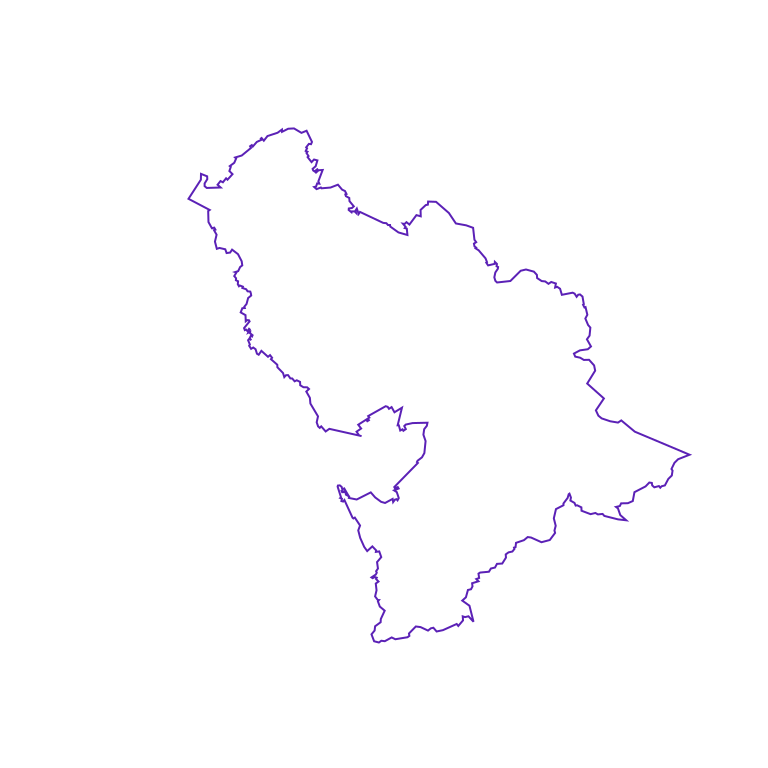 Cocula, Jalisco, Mexico, rotated 312°
{"feature_id": "50627088B61483456633974", "entity_name": "Cocula", "entity_type": "district", "adm_level": 2, "iso_a3": "MEX", "parent_name": "Mexico", "parent_adm1": "Jalisco", "projection": "albers", "projection_center": [-103.833, 20.404], "detail": "fine", "context": "isolated", "style": "outline", "palette": "violet", "viewbox_px": 768, "rotation_deg": 312, "n_neighbors": 0, "source": "geoboundaries", "source_scale": "gbopen_adm2", "svg_char_len": 6166}
<svg xmlns="http://www.w3.org/2000/svg" viewBox="0 0 768 768"><g transform="rotate(312 384 384)"><path d="M535.9,658.4L516.4,602.3L515.7,584.7L511.9,583.7L507.7,577.1L504.1,568.8L503.9,564.5L506.2,559.1L520.4,557.1L520.3,534.7L535.2,532.0L538.4,527.7L539.2,520.2L535.6,516.4L534.8,512.2L532.3,507.8L533.7,504.8L540.1,507.1L546.2,512.2L550.4,512.7L553.0,504.9L557.5,504.4L564.0,499.6L564.4,496.2L567.4,489.8L571.5,488.8L576.0,482.3L575.0,481.8L576.1,478.9L577.0,479.1L581.8,473.0L581.7,469.7L580.3,468.6L577.7,468.8L578.7,465.2L578.1,463.1L569.3,456.5L572.6,451.1L572.1,447.7L570.2,446.6L573.7,444.5L571.7,440.0L568.5,439.2L568.1,435.2L566.0,432.3L565.2,426.9L567.4,424.6L567.8,420.2L564.1,412.9L559.6,409.8L545.1,409.0L535.1,400.1L535.2,397.7L537.1,394.6L541.4,392.1L545.8,391.5L547.3,390.5L546.8,388.9L548.8,387.6L548.9,384.7L547.4,385.9L541.8,382.0L542.6,378.8L543.5,379.0L545.3,375.4L546.7,364.9L546.1,361.2L547.0,361.2L546.8,359.2L548.5,356.9L551.1,357.6L551.7,354.7L559.7,345.7L556.9,338.9L551.4,330.0L554.5,317.8L554.2,300.8L549.1,294.7L546.6,296.6L544.9,295.3L537.8,294.7L533.2,299.1L531.2,295.1L519.5,296.2L519.3,292.4L516.7,292.2L515.8,290.8L515.2,295.0L513.8,295.1L514.7,297.0L510.4,301.7L506.3,293.3L505.2,283.3L506.2,282.1L504.8,280.6L505.1,278.2L503.2,275.6L495.8,251.0L493.4,251.4L496.2,246.4L493.7,246.8L492.5,248.6L492.6,246.7L490.7,244.6L489.9,245.0L489.7,241.3L490.9,240.4L493.3,242.4L495.8,242.7L496.8,236.0L499.0,233.7L498.1,230.0L499.0,228.4L500.1,229.0L501.3,225.9L500.4,222.8L501.3,216.4L494.2,212.8L487.6,206.6L487.8,205.6L483.7,203.5L483.7,200.3L485.3,201.4L488.3,200.1L489.6,201.9L490.7,199.6L502.0,195.2L499.1,192.4L495.6,192.0L495.7,190.3L499.9,190.9L495.5,190.1L495.3,188.5L496.1,187.0L500.1,187.5L505.6,184.9L504.0,181.8L500.4,181.7L501.5,175.4L502.9,175.4L503.8,171.8L505.4,171.7L504.8,169.9L507.7,169.1L507.8,167.8L512.2,167.5L513.4,169.3L515.7,168.5L520.4,157.0L515.4,154.6L513.7,146.1L509.6,142.0L503.2,139.5L504.8,137.9L499.5,136.8L490.3,131.5L484.4,131.9L484.9,128.4L484.0,128.2L483.4,129.5L478.8,127.5L472.7,127.6L473.1,125.9L471.1,125.4L470.5,127.2L458.6,125.4L452.7,121.8L452.7,123.2L448.2,124.7L442.8,123.6L442.9,124.8L438.8,126.6L438.6,131.0L431.1,131.0L431.2,129.0L426.1,129.3L425.4,126.7L420.7,127.0L420.7,131.1L411.1,121.1L411.0,118.3L413.0,116.5L418.0,115.6L420.0,113.6L417.7,107.4L413.3,111.2L390.8,114.8L396.7,138.0L394.9,137.6L386.9,145.2L384.6,151.9L386.6,153.2L385.9,155.4L384.6,154.7L382.9,159.7L376.7,163.1L372.6,169.3L375.0,170.7L377.9,175.9L376.0,179.4L378.7,181.7L382.2,181.2L382.8,188.6L380.0,196.1L377.3,199.3L374.7,198.8L370.3,200.1L367.6,198.5L368.1,199.7L364.0,200.5L363.6,203.3L362.0,204.5L362.7,206.8L360.3,208.6L359.6,210.8L360.7,210.9L361.9,214.0L360.6,214.5L362.2,218.2L361.6,220.6L363.2,222.8L362.2,224.5L360.9,226.1L357.0,225.5L351.5,228.3L347.9,228.5L347.3,229.7L345.5,228.0L341.3,229.6L342.5,235.0L338.1,239.3L339.9,239.6L341.0,240.9L340.6,242.2L331.9,242.6L330.9,244.5L332.1,245.0L331.9,247.3L334.7,246.8L334.7,247.8L331.3,248.8L333.3,249.6L332.1,250.5L332.3,253.7L331.1,254.1L331.1,252.7L328.1,253.5L327.8,256.0L327.4,253.6L325.6,253.7L323.6,257.9L322.2,258.2L321.2,261.7L323.6,262.4L323.9,265.3L321.5,269.3L321.9,271.3L326.6,270.7L326.6,279.6L329.2,280.0L328.6,283.3L326.8,283.4L326.9,291.8L325.1,293.6L324.6,301.6L322.4,305.3L325.0,305.3L326.4,306.8L325.5,310.7L326.7,312.1L326.2,315.8L328.4,316.7L329.4,320.2L327.0,322.6L327.7,326.3L330.1,329.1L330.1,331.6L326.4,331.3L324.1,338.2L320.2,342.4L315.8,356.6L310.5,359.6L308.4,363.4L308.4,365.6L310.5,365.7L309.7,372.4L314.1,373.4L330.3,402.2L329.1,400.1L330.2,395.5L335.6,396.8L336.5,392.1L345.6,394.6L345.2,396.5L347.0,397.0L347.4,395.1L349.2,395.6L349.6,393.7L368.6,400.1L369.5,402.0L368.9,404.3L371.9,405.1L370.0,410.7L378.4,413.2L362.4,421.8L363.2,422.7L360.3,427.2L362.7,428.1L362.2,429.7L365.1,430.4L366.3,427.2L368.4,427.3L374.1,431.4L384.3,442.2L381.6,443.8L377.3,444.1L372.7,447.2L369.4,453.1L359.7,460.2L354.9,461.3L349.4,460.3L348.0,460.7L348.0,462.0L314.3,460.6L313.8,461.9L316.6,463.2L316.1,464.8L311.7,462.7L312.2,465.8L311.1,467.8L309.1,471.3L306.6,471.9L306.8,470.4L305.4,469.5L302.4,469.8L304.4,467.3L296.3,464.4L294.5,460.7L293.8,453.3L294.6,446.7L279.9,441.0L275.8,434.1L277.1,433.4L276.3,429.7L277.5,428.3L277.9,430.2L278.5,428.3L275.6,425.3L276.1,424.3L278.7,427.7L279.8,424.3L277.8,423.5L279.2,421.4L279.1,419.0L277.7,417.7L276.7,418.2L271.0,427.9L270.0,427.8L270.6,429.5L268.5,430.7L269.3,432.3L271.3,432.2L263.6,450.0L263.6,451.2L265.2,451.7L262.8,460.9L258.0,462.8L253.7,469.3L249.7,478.3L248.6,483.3L255.5,484.0L255.1,489.5L253.8,490.3L256.4,492.5L253.5,497.8L247.0,498.0L242.8,503.0L239.6,503.4L238.9,504.9L236.9,505.4L231.9,504.1L232.1,505.5L234.4,506.3L235.2,508.2L233.8,508.5L233.5,512.1L230.2,511.4L225.7,516.5L220.2,519.5L219.3,524.0L220.0,524.8L218.4,524.9L215.8,529.8L216.0,536.2L207.2,538.9L204.7,540.9L198.0,539.5L194.5,542.0L189.6,542.2L186.2,548.8L188.5,553.2L191.4,553.8L193.4,556.7L200.8,559.3L201.9,563.2L211.5,570.9L213.8,571.4L215.3,569.5L225.1,569.9L227.8,573.8L230.2,581.7L233.8,582.3L235.9,583.8L235.3,588.7L240.5,592.5L254.3,598.6L253.9,601.1L261.2,600.9L264.0,598.0L265.0,600.2L267.9,602.2L267.2,609.6L276.4,595.9L275.4,587.1L280.3,587.6L287.1,584.2L289.7,586.0L292.8,585.2L294.9,582.8L300.6,586.2L300.8,583.1L303.5,584.5L306.3,581.1L308.2,581.6L314.7,587.6L318.4,586.9L321.9,589.3L325.9,588.3L329.7,592.0L336.6,590.8L338.8,588.5L342.2,589.2L345.4,591.5L348.7,591.3L349.4,590.1L350.8,590.9L354.3,588.4L361.6,592.5L366.4,593.2L368.3,596.0L371.8,606.9L379.0,611.6L387.8,610.8L389.2,608.7L393.5,606.5L397.8,600.1L406.1,595.5L414.0,598.5L415.3,597.3L422.2,596.7L425.7,595.0L426.6,595.2L424.7,598.9L422.1,600.5L423.1,605.1L421.9,607.8L423.1,608.7L424.4,613.2L422.0,615.6L425.5,624.6L429.6,627.4L430.2,630.2L433.7,633.4L433.4,636.0L440.0,648.5L444.8,655.2L444.7,647.3L448.1,641.1L447.9,638.7L451.1,640.9L454.0,640.1L458.6,645.0L463.5,647.2L471.2,642.5L482.9,646.9L488.3,647.1L489.7,649.2L488.1,651.2L488.1,654.0L492.1,656.6L491.8,658.7L493.7,658.7L496.6,660.6L503.7,658.8L508.6,659.1L512.7,656.4L513.2,654.5L519.8,652.6L524.9,652.9L535.9,658.4Z" fill="none" stroke="#5b21b6" stroke-width="2"/></g></svg>